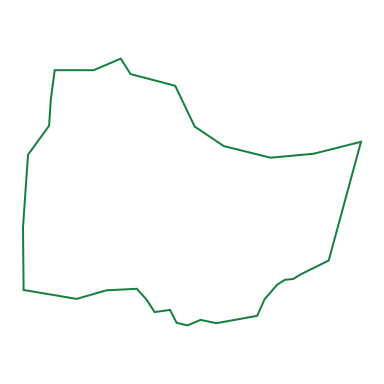 the border of Serere
{"feature_id": "UGA-5596", "entity_name": "Serere", "entity_type": "District", "adm_level": 1, "iso_a3": "UGA", "parent_name": "Uganda", "parent_adm1": "", "projection": "mercator", "projection_center": [33.439, 1.516], "detail": "fine", "context": "isolated", "style": "outline", "palette": "green", "viewbox_px": 384, "rotation_deg": 0, "n_neighbors": 0, "source": "natural_earth", "source_scale": "10m", "svg_char_len": 509}
<svg xmlns="http://www.w3.org/2000/svg" viewBox="0 0 384 384"><path d="M154.6,312.1L146.4,299.4L136.8,288.8L106.5,290.3L76.6,298.9L23.6,290.0L23.0,227.5L28.0,154.8L49.1,125.7L50.8,99.4L54.7,70.2L93.6,70.2L120.8,58.6L130.5,74.1L175.2,85.8L194.7,126.6L223.8,146.1L270.5,157.7L313.2,153.8L361.0,141.8L328.7,260.5L301.2,274.1L293.1,279.0L284.9,279.8L277.2,284.7L264.6,299.2L257.2,315.8L216.4,323.2L200.6,319.9L187.5,325.4L176.7,322.9L170.0,309.9L154.6,312.1Z" fill="none" stroke="#15803d" stroke-width="2"/></svg>